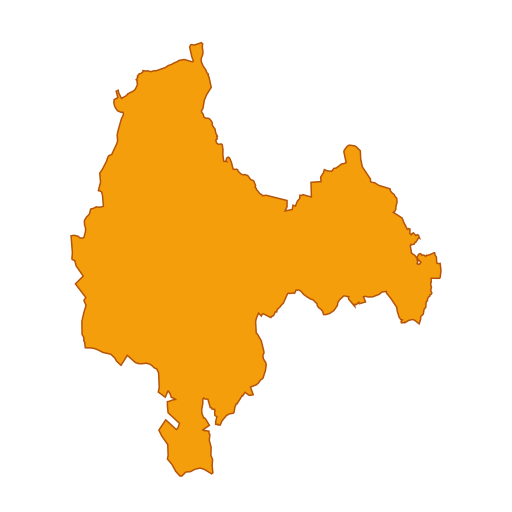 outline of Mirsid, Salaj, Romania, rotated 267°
{"feature_id": "2599482B66658090524477", "entity_name": "Mirsid", "entity_type": "district", "adm_level": 2, "iso_a3": "ROU", "parent_name": "Romania", "parent_adm1": "Salaj", "projection": "robinson", "projection_center": [23.142, 47.219], "detail": "fine", "context": "isolated", "style": "filled", "palette": "amber", "viewbox_px": 512, "rotation_deg": 267, "n_neighbors": 0, "source": "geoboundaries", "source_scale": "gbopen_adm2", "svg_char_len": 6087}
<svg xmlns="http://www.w3.org/2000/svg" viewBox="0 0 512 512"><g transform="rotate(267 256 256)"><path d="M239.0,439.5L238.8,437.8L239.7,436.1L245.6,436.1L247.7,434.8L249.9,434.6L250.0,434.1L248.3,429.9L247.5,426.8L247.9,426.4L246.8,425.2L247.9,424.1L248.3,422.6L248.0,421.6L249.4,420.8L249.8,420.1L249.4,418.8L246.2,416.6L243.8,417.9L241.1,420.5L239.1,418.6L239.5,418.1L239.2,417.2L239.9,416.6L240.4,416.4L242.4,417.4L243.6,416.6L244.9,416.8L248.3,414.7L250.6,411.5L258.3,410.6L258.8,411.4L259.4,411.4L259.1,412.0L259.6,414.6L261.3,415.6L261.7,416.6L265.8,419.4L265.2,420.3L268.1,419.4L268.9,418.3L268.0,416.7L270.9,414.4L270.2,412.9L269.1,412.4L270.0,411.1L270.6,410.8L274.8,411.2L275.4,409.9L274.6,409.0L274.7,408.6L281.7,405.4L286.3,403.9L292.4,395.4L293.3,396.9L295.4,398.1L298.0,398.3L302.4,399.7L304.4,399.6L306.5,399.5L308.0,398.1L310.1,397.2L312.1,395.0L313.9,393.7L316.1,393.3L320.1,382.3L322.9,378.4L323.7,375.1L324.2,374.2L326.7,374.4L339.6,366.8L347.8,365.6L355.6,365.7L360.1,361.5L360.8,360.3L361.8,355.4L361.7,354.4L360.5,352.5L356.8,349.5L355.3,349.2L344.5,350.9L343.6,348.4L343.5,346.4L339.6,340.6L339.4,338.3L336.7,336.1L337.2,332.0L338.7,328.7L335.9,327.9L331.4,324.7L326.9,324.9L326.7,314.8L312.0,314.4L314.8,306.0L314.1,304.6L314.4,303.0L311.3,302.7L308.4,300.1L303.8,298.0L304.8,295.6L300.5,294.6L299.5,287.4L303.6,289.6L309.8,289.9L316.1,269.4L315.9,265.5L317.0,264.9L318.0,263.2L322.5,259.9L323.4,259.9L324.8,258.7L326.4,259.3L331.4,257.5L332.5,254.8L337.0,251.8L337.1,250.7L338.0,249.2L337.6,248.3L337.8,247.0L338.8,245.2L341.1,243.0L343.3,242.0L343.7,241.1L343.5,239.9L344.0,237.7L351.0,236.3L355.5,234.6L356.2,233.4L355.3,231.8L352.9,231.1L351.8,231.8L352.3,228.7L359.0,228.2L363.9,228.6L368.9,228.1L369.7,227.3L369.5,224.7L370.0,223.5L371.3,222.4L373.8,222.0L374.7,222.6L375.0,223.5L377.2,223.0L377.6,223.8L380.7,222.3L385.0,221.7L388.6,219.3L391.2,219.3L392.6,218.7L394.7,217.4L396.1,215.6L396.2,213.4L397.3,211.3L400.0,210.8L402.5,209.3L404.1,209.2L406.1,210.7L414.4,212.6L419.6,215.1L426.7,220.1L436.3,218.6L439.4,217.6L440.1,218.0L441.3,216.7L444.3,215.7L448.7,213.0L453.5,211.4L456.5,211.8L460.5,213.5L463.0,213.7L467.9,213.3L470.5,213.9L471.9,212.6L469.9,205.5L470.5,202.2L469.7,201.4L468.0,200.7L458.4,202.3L454.2,203.6L453.5,203.3L453.3,202.4L456.0,194.7L455.3,189.1L454.7,188.6L452.7,183.5L451.9,182.1L450.7,178.1L449.0,175.6L446.2,165.9L446.3,163.2L445.6,160.9L446.1,158.5L446.6,157.8L446.5,155.7L447.0,153.0L446.4,153.3L444.8,151.4L444.2,150.3L444.1,149.0L442.1,147.1L440.7,147.4L440.4,147.2L440.5,146.8L438.3,146.2L438.2,145.7L437.1,146.6L435.6,146.2L434.3,146.7L432.3,146.1L429.3,144.4L427.5,142.8L424.6,136.4L423.0,135.0L420.4,129.9L426.2,127.4L428.7,127.1L427.9,125.0L421.4,126.3L419.6,122.5L417.8,122.4L417.1,122.0L413.2,122.6L410.6,123.8L408.3,125.3L406.7,128.4L406.5,130.8L404.0,131.0L400.2,128.8L386.8,124.3L383.9,123.7L378.0,123.8L375.2,122.7L364.9,117.2L363.9,114.2L362.5,113.3L357.9,111.4L350.8,107.2L346.9,104.3L337.8,104.6L329.6,102.0L329.3,102.3L329.2,103.5L327.9,105.2L324.5,105.9L313.6,106.2L312.9,103.2L313.1,100.1L313.5,99.1L312.2,96.5L311.5,93.3L307.3,92.1L305.8,91.1L304.0,89.0L301.1,86.9L299.8,86.4L296.4,86.4L292.3,87.3L288.9,86.9L283.4,85.0L282.9,83.4L283.3,81.2L285.1,79.2L285.5,77.9L286.2,75.1L285.9,72.4L268.7,72.8L262.9,72.0L262.1,72.3L260.8,74.8L255.5,75.9L245.0,82.4L237.6,74.2L223.4,83.9L220.7,81.8L215.5,83.7L209.1,81.3L199.8,78.7L186.7,78.2L183.5,79.9L180.6,79.6L178.6,80.4L173.3,80.7L172.7,87.3L171.9,90.2L170.5,93.3L167.7,98.1L165.5,105.9L161.6,109.6L158.3,111.2L153.9,115.5L163.5,122.3L155.8,130.1L154.6,133.4L154.4,136.8L154.7,141.3L154.1,142.1L154.0,143.5L152.4,145.9L149.6,148.6L148.3,151.1L144.3,152.6L129.9,152.5L125.3,151.3L119.7,158.0L125.0,160.6L125.8,161.1L125.7,161.5L122.0,163.4L119.4,163.9L117.8,167.2L116.9,168.1L116.8,166.0L115.3,161.2L115.2,159.9L111.1,159.7L104.1,160.0L92.9,170.8L88.3,169.0L86.8,167.4L97.1,157.3L87.2,149.9L81.3,152.4L72.3,158.0L61.4,157.8L57.9,156.9L52.2,161.2L45.1,164.6L40.3,168.5L40.1,170.4L43.9,174.6L44.1,179.3L46.2,183.8L47.0,188.1L47.0,189.5L45.6,193.2L40.8,200.3L41.7,201.6L48.8,201.2L54.9,202.0L59.5,200.5L67.2,201.2L74.4,199.7L80.3,200.6L81.4,199.8L83.6,199.8L84.5,194.8L85.1,193.8L89.4,200.6L95.6,197.3L97.0,196.1L96.9,195.3L101.6,193.8L105.2,193.7L111.7,195.2L115.2,195.3L116.8,196.0L116.9,196.6L116.0,197.2L115.4,200.5L107.0,202.4L106.7,203.7L105.4,204.1L105.0,206.7L104.1,206.5L103.4,207.0L102.4,206.5L99.0,206.6L97.5,208.5L92.9,207.1L90.0,206.9L89.8,209.2L89.2,209.3L89.1,211.5L93.1,213.4L98.0,217.9L99.7,221.0L100.2,225.1L101.0,225.8L106.3,227.1L108.9,228.3L109.7,229.0L109.4,229.3L117.4,235.0L117.1,235.5L120.4,237.9L117.5,241.5L117.2,242.5L117.6,246.0L125.4,243.6L127.4,249.7L129.1,251.8L132.2,254.3L133.0,255.9L133.9,256.7L141.1,259.4L146.7,260.5L148.9,260.2L153.0,258.0L156.1,257.6L158.7,258.9L160.8,258.8L171.1,256.8L178.2,253.2L179.0,252.2L190.7,252.2L194.0,253.2L198.8,255.5L195.8,258.2L197.7,259.3L198.0,260.2L193.7,267.6L195.0,268.5L195.1,269.7L195.9,270.6L199.3,272.4L199.0,273.7L201.4,274.4L204.3,277.8L206.1,279.1L207.2,280.7L216.6,285.5L217.2,286.3L216.8,287.6L217.1,291.0L216.8,292.6L219.9,294.3L219.8,297.0L218.3,299.2L215.2,301.5L212.6,304.7L210.0,308.5L209.3,310.6L205.0,314.5L203.2,314.6L201.1,315.9L199.7,317.7L197.3,319.6L194.0,320.4L193.8,322.4L194.8,326.6L197.5,331.0L202.2,334.6L205.1,335.3L207.7,337.0L211.6,341.7L210.5,346.5L209.8,346.1L208.0,346.3L200.5,352.0L202.4,351.8L202.3,353.7L204.4,356.2L202.9,356.6L204.4,363.0L209.7,361.2L210.0,363.3L209.2,365.9L209.1,370.4L211.3,377.1L213.4,379.7L213.8,384.3L212.2,384.4L206.6,388.4L197.5,393.8L193.4,394.2L187.5,395.7L184.9,397.3L184.7,398.7L183.0,397.5L181.8,397.6L181.5,398.4L182.0,400.8L181.5,401.1L183.7,405.1L184.4,408.8L183.7,410.8L179.7,415.4L184.2,417.1L187.0,417.4L189.2,420.0L193.8,421.0L195.8,422.8L201.4,423.6L202.3,424.9L204.4,425.1L206.2,426.4L206.7,427.4L208.1,427.7L208.4,428.6L209.7,429.7L212.7,428.6L215.6,429.6L218.1,429.0L220.4,429.2L220.7,429.6L224.6,429.7L224.1,438.2L225.4,438.9L231.9,440.0L239.0,439.5Z" fill="#f59e0b" stroke="#b45309" stroke-width="1.5"/></g></svg>